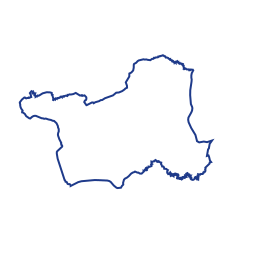 Phon Na Kaeo, Sakon Nakhon, Thailand, rotated 331°
{"feature_id": "78962969B15613866978457", "entity_name": "Phon Na Kaeo", "entity_type": "district", "adm_level": 2, "iso_a3": "THA", "parent_name": "Thailand", "parent_adm1": "Sakon Nakhon", "projection": "mercator", "projection_center": [104.325, 17.213], "detail": "fine", "context": "isolated", "style": "outline", "palette": "blue", "viewbox_px": 256, "rotation_deg": 331, "n_neighbors": 0, "source": "geoboundaries", "source_scale": "gbopen_adm2", "svg_char_len": 5788}
<svg xmlns="http://www.w3.org/2000/svg" viewBox="0 0 256 256"><g transform="rotate(331 128 128)"><path d="M164.5,207.0L165.7,205.2L165.7,204.6L166.0,204.5L165.8,204.1L166.6,203.5L166.4,203.2L166.7,203.2L167.0,202.5L168.1,203.6L168.3,203.3L169.1,203.6L169.5,203.5L170.3,204.1L171.1,204.4L171.6,203.9L172.4,203.9L172.6,203.4L173.0,203.5L173.4,203.2L174.0,203.6L174.5,203.4L175.1,202.8L175.4,201.6L176.1,201.3L176.4,200.2L182.0,198.7L182.7,197.8L184.2,198.1L183.9,196.2L184.9,192.6L185.1,191.0L183.5,190.7L187.7,185.5L188.8,185.1L191.7,181.5L195.4,179.7L190.3,178.7L187.7,176.6L183.3,175.1L182.0,173.0L183.6,166.8L183.3,158.6L183.8,152.4L184.6,150.0L185.9,148.2L191.0,145.0L192.5,143.8L193.9,141.9L194.3,140.7L194.6,137.6L198.3,129.4L200.8,125.1L206.0,118.3L207.2,116.5L207.8,114.7L208.9,112.7L210.3,111.0L213.0,109.2L212.9,108.4L212.4,108.3L211.5,107.4L210.8,107.5L210.8,107.1L210.5,106.9L210.0,107.2L209.5,107.2L209.4,106.1L207.7,105.2L207.3,104.0L205.9,103.8L206.1,103.2L205.6,103.1L205.8,102.8L206.3,102.6L206.1,102.2L206.4,101.6L206.2,101.2L206.4,100.5L206.8,100.3L206.5,99.8L206.8,99.6L206.6,98.7L206.9,98.5L206.7,98.3L205.9,98.2L206.0,97.6L205.7,97.3L205.3,97.4L204.8,96.9L204.8,96.5L204.4,96.6L204.4,96.1L203.9,96.2L203.4,94.8L203.7,94.5L203.3,94.4L203.6,94.1L203.5,93.5L202.9,93.7L202.5,93.3L202.2,93.5L201.5,93.1L201.2,93.9L200.9,93.1L200.2,93.4L200.3,93.0L199.5,91.8L199.7,91.4L199.1,91.3L199.3,90.4L198.8,90.3L198.7,89.5L198.0,89.0L198.3,88.3L197.8,88.3L197.7,87.6L197.1,87.1L197.1,86.3L196.2,85.2L195.2,84.7L195.3,83.6L195.0,83.4L195.0,83.0L194.4,82.6L194.2,81.7L193.3,81.1L192.7,81.3L191.0,80.6L190.7,80.8L190.0,80.5L189.0,80.6L188.9,80.3L188.4,80.6L188.0,80.5L186.1,79.6L185.4,79.8L184.7,79.2L183.8,79.8L182.5,79.2L180.4,79.5L178.1,77.8L177.4,77.0L175.7,76.2L174.8,75.4L170.1,74.1L168.8,74.2L166.8,74.9L164.4,74.9L163.7,75.5L162.2,78.1L160.4,80.2L157.8,81.1L155.6,81.0L154.1,83.6L148.2,87.0L147.6,90.5L146.7,92.3L144.9,92.2L143.6,92.6L140.8,92.9L137.2,92.5L134.8,91.4L130.7,92.2L122.3,90.8L119.0,91.0L117.6,90.4L115.7,90.5L111.9,89.6L110.0,89.7L109.8,88.7L108.9,88.2L102.9,88.0L102.7,87.9L102.3,84.1L103.6,83.1L104.6,83.2L105.5,82.6L106.2,81.5L106.4,80.7L105.8,78.4L103.5,77.7L103.6,76.9L101.8,76.4L99.3,72.0L96.6,71.8L94.2,71.0L93.3,70.3L91.8,70.1L91.2,70.3L91.0,69.9L90.3,70.5L89.4,69.6L87.7,69.2L87.2,69.5L86.9,69.0L86.6,69.2L86.3,68.9L85.5,68.9L85.5,68.5L85.0,68.3L84.9,68.6L84.7,68.2L84.0,68.2L83.9,68.0L82.8,68.5L82.1,68.1L81.5,68.1L81.4,67.8L81.1,67.7L80.8,67.9L80.2,67.7L79.9,68.0L79.4,67.1L78.8,67.4L78.3,67.2L78.1,67.5L77.9,67.0L76.4,67.5L76.1,67.1L76.9,66.2L77.6,63.2L78.1,62.5L77.5,62.0L78.3,60.3L77.0,59.0L74.2,57.3L70.1,56.3L66.2,56.5L65.3,56.4L64.8,55.8L64.1,55.9L63.6,56.3L63.1,55.8L62.3,55.9L62.5,55.5L62.3,54.7L62.5,54.5L62.1,54.1L62.9,53.4L62.5,53.1L62.5,52.8L62.8,52.7L62.4,52.4L62.8,52.3L62.4,52.1L62.7,51.8L62.5,51.2L62.1,51.1L62.4,50.9L62.2,50.7L62.5,50.0L61.9,50.0L61.4,49.0L59.1,49.9L59.1,51.4L58.4,54.0L57.1,53.7L56.6,53.9L56.1,53.7L56.1,53.4L55.8,53.1L55.1,53.3L54.2,52.8L53.5,52.8L52.9,52.3L52.6,51.3L52.0,51.1L49.0,51.7L45.8,53.1L45.7,53.7L45.3,54.2L45.2,55.1L44.7,55.9L44.1,57.8L44.0,59.5L44.3,61.6L43.5,62.2L43.0,63.0L43.7,63.6L44.6,65.7L44.7,68.3L46.4,71.7L47.2,72.3L49.1,71.8L51.0,71.7L52.3,72.1L53.3,72.7L57.2,77.6L58.5,78.5L59.1,79.3L60.7,79.9L62.5,81.9L64.5,83.6L65.6,85.1L66.8,86.0L67.8,89.2L67.6,92.3L67.1,93.5L66.9,95.3L65.8,97.4L64.4,98.6L63.4,100.0L63.1,101.0L62.5,104.6L62.4,108.5L62.1,108.7L62.0,109.4L61.5,110.3L61.9,111.2L61.7,112.0L61.3,112.4L54.9,114.0L54.1,114.5L53.3,115.9L51.6,120.7L47.3,142.9L47.6,143.4L47.3,144.7L48.2,145.6L48.1,147.6L48.6,148.2L49.8,148.8L50.1,150.4L49.8,150.9L58.2,151.2L61.5,152.0L73.7,157.4L77.9,159.9L84.4,163.9L85.8,165.2L86.7,166.7L87.7,171.5L89.0,174.7L89.8,175.5L92.9,176.8L94.5,175.8L96.4,175.2L97.1,173.6L99.5,171.2L100.9,170.8L102.9,170.9L105.3,170.5L108.6,169.4L110.6,169.3L112.0,169.6L113.0,169.5L114.6,171.6L115.5,172.1L116.3,173.6L117.8,174.5L120.5,173.8L120.9,172.9L121.4,173.5L122.0,173.4L122.6,172.6L122.9,172.7L123.8,174.0L124.1,174.0L124.4,173.3L123.8,172.2L124.2,171.7L125.1,171.7L125.2,172.5L125.5,172.7L126.0,172.3L126.9,172.3L127.3,171.7L128.2,172.4L130.1,172.7L130.5,172.1L130.5,171.2L131.6,171.2L131.3,170.5L132.2,168.7L133.0,169.5L134.3,169.5L135.0,169.9L135.5,169.4L136.6,169.4L136.7,170.1L137.1,170.6L137.0,171.5L137.4,171.9L137.9,171.5L138.6,171.7L138.9,172.1L138.8,172.9L140.3,174.4L139.4,175.6L139.5,176.4L139.2,178.3L140.3,178.9L140.4,179.9L139.9,181.2L141.6,182.3L142.2,183.8L142.0,184.1L142.3,184.3L140.9,185.4L140.6,186.4L141.1,187.0L140.8,187.8L141.7,188.2L143.4,187.3L143.5,188.6L143.9,189.1L143.6,189.6L142.5,189.1L142.2,190.4L143.7,190.1L143.5,191.2L144.2,191.4L144.5,192.2L144.7,191.9L144.6,191.1L145.3,191.3L145.5,190.4L145.9,190.5L146.3,191.0L145.9,191.7L146.3,192.0L147.1,191.9L146.7,191.0L147.2,190.7L147.8,191.3L147.7,192.8L148.3,193.0L148.9,192.4L149.2,192.6L149.3,193.6L148.9,194.3L147.6,194.7L147.4,196.0L146.8,195.4L146.5,195.8L146.7,196.1L148.0,196.8L148.2,197.4L148.9,197.9L149.2,197.6L149.0,196.7L149.7,196.9L150.5,197.7L149.9,198.6L150.0,199.0L151.0,198.9L151.6,198.0L151.5,197.5L151.8,197.3L153.0,197.7L153.0,198.8L153.4,199.2L153.7,199.0L153.7,198.4L154.0,198.3L155.3,199.1L155.5,198.2L154.7,197.9L155.0,197.0L156.5,197.9L156.4,197.0L157.1,196.8L157.0,196.2L158.1,196.2L158.2,196.5L157.8,197.3L158.3,197.7L158.3,198.3L159.0,198.2L159.2,198.5L159.1,199.0L158.3,199.1L158.2,199.6L159.1,199.6L159.6,199.9L158.2,200.4L159.2,201.4L159.4,201.9L159.3,202.3L158.3,202.2L158.2,202.9L158.4,203.6L159.2,204.6L160.2,205.0L161.8,204.7L162.3,203.9L162.6,204.1L162.5,204.7L163.1,204.8L163.2,204.7L163.2,203.9L163.4,203.6L163.7,203.7L164.1,204.4L164.9,204.7L163.4,206.0L163.5,206.5L164.2,206.4L164.5,207.0Z" fill="none" stroke="#1e3a8a" stroke-width="2"/></g></svg>